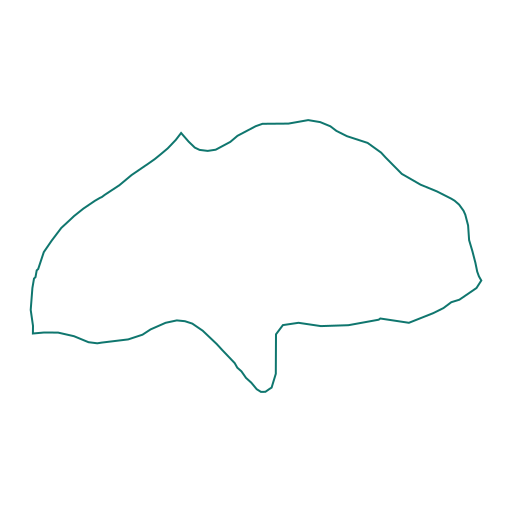 Soloma, Huehuetenango, Guatemala (Equal Earth projection)
{"feature_id": "79465075B1417859081281", "entity_name": "Soloma", "entity_type": "district", "adm_level": 2, "iso_a3": "GTM", "parent_name": "Guatemala", "parent_adm1": "Huehuetenango", "projection": "equal_earth", "projection_center": [-91.436, 15.697], "detail": "fine", "context": "isolated", "style": "outline", "palette": "teal", "viewbox_px": 512, "rotation_deg": 0, "n_neighbors": 0, "source": "geoboundaries", "source_scale": "gbopen_adm2", "svg_char_len": 1318}
<svg xmlns="http://www.w3.org/2000/svg" viewBox="0 0 512 512"><path d="M481.3,280.5L478.9,276.3L477.2,271.6L475.4,262.8L472.4,251.2L469.1,240.1L468.1,225.5L465.3,214.7L463.5,210.7L459.1,204.6L454.6,200.7L451.3,198.7L436.9,191.4L420.6,184.7L401.8,173.9L385.5,157.4L381.1,152.6L367.6,142.9L347.0,136.2L336.4,130.9L330.4,126.3L320.2,122.1L308.2,120.1L288.4,123.6L262.5,123.8L255.7,126.2L237.5,135.8L230.3,141.9L215.7,149.7L207.7,150.9L199.6,149.9L194.8,147.6L188.6,141.6L181.1,133.0L175.8,139.9L167.7,148.4L160.3,154.6L154.9,159.0L146.8,164.7L145.4,165.6L131.5,175.1L119.4,185.2L104.8,194.8L101.9,197.0L99.9,197.9L94.9,200.8L83.4,208.6L74.0,216.1L68.8,221.0L61.3,227.9L51.7,240.6L43.8,252.1L38.2,269.0L36.7,270.4L35.5,277.1L34.0,278.6L32.4,288.0L30.7,309.9L33.0,325.9L32.9,333.5L44.2,332.5L58.1,332.6L74.0,336.2L88.5,342.2L97.3,343.3L101.7,342.6L128.2,339.4L142.5,334.7L150.6,329.4L165.6,322.8L176.8,320.4L184.9,321.2L192.3,323.6L202.7,330.7L216.7,344.0L222.0,349.8L234.7,363.1L237.3,367.7L241.4,371.3L246.0,377.9L251.4,382.8L256.7,389.2L261.0,391.9L265.4,391.8L269.7,388.8L271.6,387.6L275.8,373.8L276.0,334.3L282.9,325.1L298.5,322.8L320.9,326.1L348.4,325.2L378.7,319.7L380.3,318.5L408.9,322.8L433.3,313.1L443.4,308.1L451.3,302.2L459.4,299.7L476.5,288.0L481.3,280.5Z" fill="none" stroke="#0f766e" stroke-width="2"/></svg>